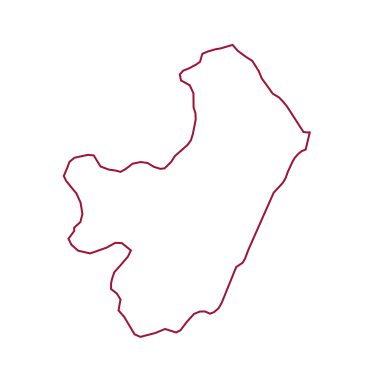 Gangneung-si, Gangwon, South Korea, rotated 68°
{"feature_id": "91817680B99242230797556", "entity_name": "Gangneung-si", "entity_type": "district", "adm_level": 2, "iso_a3": "KOR", "parent_name": "South Korea", "parent_adm1": "Gangwon", "projection": "robinson", "projection_center": [128.801, 37.705], "detail": "fine", "context": "isolated", "style": "outline", "palette": "rose", "viewbox_px": 384, "rotation_deg": 68, "n_neighbors": 0, "source": "geoboundaries", "source_scale": "gbopen_adm2", "svg_char_len": 1457}
<svg xmlns="http://www.w3.org/2000/svg" viewBox="0 0 384 384"><g transform="rotate(68 192 192)"><path d="M70.8,99.3L69.6,111.6L68.5,116.5L67.7,123.9L67.7,130.2L67.7,130.6L74.3,135.8L75.4,140.7L76.2,147.8L76.2,154.8L78.5,159.3L84.4,160.4L92.2,154.1L101.1,153.7L114.3,158.9L120.2,159.3L126.4,161.5L138.4,169.4L143.5,173.5L146.6,178.3L152.4,194.7L156.3,200.0L159.8,208.5L158.7,212.6L154.4,217.9L148.5,222.3L145.0,228.3L143.5,236.5L145.8,244.8L146.6,250.7L143.5,254.8L140.0,260.8L134.1,267.2L127.9,268.3L121.3,269.4L118.6,274.6L116.2,288.1L116.3,288.5L118.2,294.4L123.2,298.9L129.1,304.9L134.5,304.5L144.2,301.6L150.1,299.7L160.2,299.3L171.5,301.9L178.1,306.8L180.9,314.6L184.0,315.8L189.0,324.0L195.7,323.6L203.8,319.5L210.8,309.4L211.6,291.8L210.4,282.1L213.2,276.1L223.3,270.5L228.0,275.8L233.4,286.2L237.3,294.1L242.0,298.2L246.3,301.2L251.7,303.4L258.0,299.7L265.0,298.6L271.4,302.7L274.3,304.5L282.5,301.6L302.4,298.6L307.0,294.1L309.0,278.7L308.9,268.3L316.3,259.3L315.9,254.5L310.5,245.5L305.8,235.8L305.8,229.4L307.7,224.6L311.6,220.9L311.6,216.4L309.7,210.8L305.8,205.9L278.1,179.1L276.6,171.6L273.8,167.9L266.8,161.5L223.2,116.5L220.1,109.8L217.4,104.2L213.9,99.7L209.2,95.6L205.0,91.1L201.5,87.4L198.7,83.7L196.4,78.9L195.2,75.1L195.2,70.7L180.2,60.0L180.9,61.0L178.1,66.2L148.6,71.8L142.7,73.6L136.9,75.9L131.1,80.3L118.6,83.3L112.8,84.8L105.0,84.8L93.0,87.0L86.7,91.5L78.2,96.7L70.8,99.3Z" fill="none" stroke="#9f1239" stroke-width="2"/></g></svg>